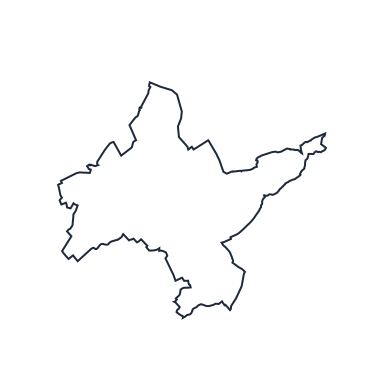 Simeria, Hunedoara, Romania, rotated 41°
{"feature_id": "2599482B51970777066568", "entity_name": "Simeria", "entity_type": "district", "adm_level": 2, "iso_a3": "ROU", "parent_name": "Romania", "parent_adm1": "Hunedoara", "projection": "mercator", "projection_center": [23.018, 45.861], "detail": "fine", "context": "isolated", "style": "outline", "palette": "slate", "viewbox_px": 384, "rotation_deg": 41, "n_neighbors": 0, "source": "geoboundaries", "source_scale": "gbopen_adm2", "svg_char_len": 5921}
<svg xmlns="http://www.w3.org/2000/svg" viewBox="0 0 384 384"><g transform="rotate(41 192 192)"><path d="M284.4,217.5L280.3,217.3L276.6,218.1L268.9,218.8L268.2,217.0L264.6,214.9L259.9,212.5L253.6,211.7L250.4,211.7L247.6,210.8L249.1,208.6L252.2,201.9L250.7,200.9L253.6,194.7L254.4,192.1L255.1,186.6L255.6,180.2L255.9,178.1L256.0,174.6L255.9,171.0L255.3,166.2L254.9,161.9L254.7,161.5L254.3,160.5L254.3,160.0L254.1,158.5L254.1,158.2L253.5,157.6L252.9,156.8L252.8,156.3L252.8,155.6L252.8,155.3L252.5,154.7L252.1,154.2L251.8,153.8L251.3,153.3L250.9,152.7L250.4,151.4L250.2,150.4L250.4,148.1L250.2,147.8L249.6,147.5L248.8,147.5L248.5,147.3L248.7,147.0L249.4,146.8L250.3,146.3L251.3,145.2L251.7,144.4L251.7,144.2L251.8,143.2L252.2,142.7L253.1,142.1L253.9,141.6L254.6,141.4L255.8,139.3L256.0,138.5L256.3,138.0L256.6,136.9L256.7,136.1L256.7,135.0L256.5,134.0L256.7,133.6L256.5,133.3L256.4,132.1L256.6,131.4L256.8,130.1L256.7,129.8L256.8,129.1L256.9,128.3L256.9,126.9L257.0,126.2L257.2,125.3L256.8,124.2L258.2,121.0L258.2,120.9L258.3,120.1L259.6,117.2L261.4,114.3L261.5,113.2L262.5,109.5L262.6,107.9L261.7,107.7L261.1,104.7L260.9,104.5L261.0,103.3L261.1,102.8L261.4,100.7L261.2,100.2L260.7,99.8L259.9,97.8L259.7,97.6L258.0,95.5L257.8,94.9L257.5,94.7L256.9,93.7L256.9,93.2L256.9,92.3L257.1,91.9L257.2,91.2L257.1,90.7L256.7,90.2L256.1,88.7L255.2,87.2L255.0,86.9L255.2,86.7L255.6,86.2L258.4,84.0L258.7,83.7L258.7,82.9L258.6,81.4L258.7,80.5L259.0,80.0L259.4,79.6L260.2,79.5L261.2,78.9L261.4,78.5L261.8,78.1L262.7,77.7L263.2,77.3L263.5,76.1L263.9,75.0L264.6,73.5L264.3,71.0L264.2,70.8L258.0,71.2L254.7,65.7L255.2,62.5L254.1,60.5L251.8,65.3L249.8,69.2L249.1,69.9L247.8,73.9L247.9,75.1L247.2,76.1L246.9,77.1L246.2,78.8L244.8,79.8L244.3,82.3L244.3,84.0L243.4,85.8L245.0,87.2L245.4,87.6L246.2,88.5L249.6,90.7L249.0,90.8L244.8,90.7L244.4,90.8L242.3,92.7L241.2,93.1L239.8,94.1L238.9,94.9L238.2,95.5L237.9,95.2L235.1,97.0L234.4,98.9L232.7,103.3L230.6,105.9L228.5,106.8L226.3,109.3L223.9,113.3L221.9,116.6L220.2,119.6L220.1,120.6L219.5,121.5L219.2,122.1L218.9,124.0L218.9,124.5L219.2,124.9L219.5,126.0L219.9,126.0L220.0,125.7L220.2,125.4L220.8,125.4L221.6,126.0L222.0,126.4L222.3,127.7L222.5,128.8L223.6,129.8L224.2,130.2L224.4,130.4L224.0,131.2L223.3,132.1L222.7,133.5L222.7,134.5L221.2,137.3L219.9,138.8L215.8,143.1L215.7,144.0L215.1,143.9L214.6,144.2L213.2,145.8L212.2,146.8L211.5,147.8L211.0,148.2L209.4,149.8L209.3,150.0L209.1,149.9L208.4,150.8L207.5,152.9L206.3,155.3L202.4,156.1L196.4,152.7L193.1,150.7L191.5,149.9L187.4,148.2L186.1,147.5L185.2,147.2L170.5,142.3L170.3,142.3L166.5,155.1L165.3,158.9L162.2,158.0L161.3,162.4L158.8,160.8L146.1,159.1L138.4,151.8L135.5,143.7L131.6,138.0L116.8,128.3L110.0,128.4L99.1,133.3L89.1,136.6L88.2,137.0L90.0,140.2L91.7,140.1L92.6,143.8L93.6,145.2L94.3,146.3L97.7,161.2L98.2,161.2L98.5,161.8L98.2,162.2L97.3,162.3L97.1,162.6L97.8,164.0L98.3,164.3L98.9,164.4L99.1,166.0L99.5,166.7L99.9,167.3L100.2,168.4L100.6,168.9L101.1,170.3L100.9,171.2L100.4,172.8L100.9,182.1L100.9,182.5L115.8,189.6L115.1,191.6L114.9,192.4L115.0,193.1L116.9,197.0L117.0,197.0L117.2,197.9L117.2,198.6L114.7,211.0L100.0,205.7L98.9,207.3L98.2,209.4L98.5,215.6L98.7,218.3L98.9,219.1L99.2,221.6L99.6,224.1L100.0,226.8L100.6,231.2L101.1,231.8L101.7,232.7L102.5,233.2L103.0,233.5L103.4,233.4L103.2,233.8L102.6,234.9L101.8,236.1L97.8,237.8L97.9,238.1L97.9,238.5L97.4,238.9L96.5,238.8L95.8,241.3L99.1,242.3L100.9,241.5L102.4,244.6L94.5,250.8L92.5,253.4L89.9,259.7L85.8,269.6L87.9,270.5L86.2,274.4L88.8,276.1L89.7,276.8L95.0,280.9L97.5,281.6L97.5,285.1L101.6,287.1L103.9,282.8L106.0,284.1L107.9,285.6L111.1,284.0L110.0,278.2L111.3,278.3L113.9,277.4L114.2,277.2L114.5,277.1L115.6,279.9L116.4,281.9L116.8,283.6L117.0,285.8L117.4,286.9L117.6,287.3L118.8,288.7L120.2,290.7L121.8,293.0L122.7,294.1L123.7,295.7L124.2,299.4L124.1,299.9L123.5,301.3L123.5,303.7L130.0,304.5L132.7,321.8L134.0,322.1L134.6,322.4L136.8,322.7L139.1,323.1L142.6,323.5L142.8,323.5L142.8,323.4L143.5,319.4L143.8,317.9L151.1,319.2L153.2,301.1L153.9,299.1L154.5,298.6L156.6,298.4L157.3,297.7L157.5,296.7L157.5,296.4L157.6,295.4L157.4,294.4L157.3,293.2L157.3,292.6L157.6,290.9L158.6,289.8L158.8,289.6L159.9,289.2L161.5,288.3L162.7,287.1L163.0,286.8L163.1,286.4L163.0,285.0L163.0,284.3L163.5,282.5L166.2,278.2L166.7,277.6L167.2,276.8L167.1,276.7L167.7,275.5L167.9,274.3L168.3,273.0L168.4,272.0L168.2,271.1L167.8,270.0L167.7,268.9L176.2,269.8L176.7,268.6L177.3,267.7L178.0,266.7L178.5,265.6L183.5,266.1L184.2,264.4L184.6,261.1L193.6,261.9L193.7,263.6L198.0,264.3L199.3,263.3L201.8,260.8L202.5,259.9L203.3,258.6L203.7,257.8L204.2,255.9L204.6,256.4L204.8,256.6L205.0,256.8L205.3,257.2L205.9,257.9L206.6,256.9L206.8,256.7L207.4,256.5L208.1,256.0L209.1,255.5L212.0,254.7L215.2,256.4L215.5,259.5L232.3,266.7L237.3,269.5L237.6,269.7L237.8,269.8L240.7,263.2L244.4,264.2L247.3,261.5L248.6,262.6L250.3,263.7L251.6,263.5L253.6,264.9L253.0,265.5L252.3,266.2L251.9,266.7L251.0,267.6L250.3,268.1L248.8,269.6L248.4,270.2L248.0,270.9L248.0,271.1L247.4,273.1L247.8,273.7L248.6,274.9L249.2,276.0L249.7,276.7L250.0,277.6L250.1,278.4L250.1,279.0L250.1,279.6L250.0,280.1L249.8,280.6L249.8,281.5L249.8,282.1L249.7,282.7L249.7,283.1L251.0,283.1L251.0,283.4L251.1,284.0L251.2,285.2L251.1,285.6L250.9,286.0L250.6,286.5L252.1,286.2L258.2,286.9L258.5,288.1L258.6,289.1L258.4,289.6L258.3,290.4L258.3,290.9L258.5,291.6L258.6,292.0L259.0,292.4L259.2,292.8L262.0,292.7L265.6,292.1L265.8,291.9L267.2,291.7L267.7,292.8L267.8,292.5L268.6,290.5L269.0,288.0L270.6,286.0L270.9,284.8L270.9,283.8L270.4,282.0L269.6,280.4L269.6,279.2L270.1,277.8L271.0,275.9L271.0,275.5L271.1,273.5L272.4,270.8L273.8,270.1L277.7,268.6L279.5,267.1L280.9,265.2L282.5,262.5L283.1,260.8L285.6,259.0L286.4,255.1L286.4,254.9L290.9,256.1L291.2,255.2L295.7,255.8L297.9,256.2L298.2,256.2L298.1,254.9L296.3,252.3L295.1,243.7L294.8,242.7L291.6,231.5L291.1,230.2L284.8,219.6L284.4,217.5Z" fill="none" stroke="#1e293b" stroke-width="2"/></g></svg>